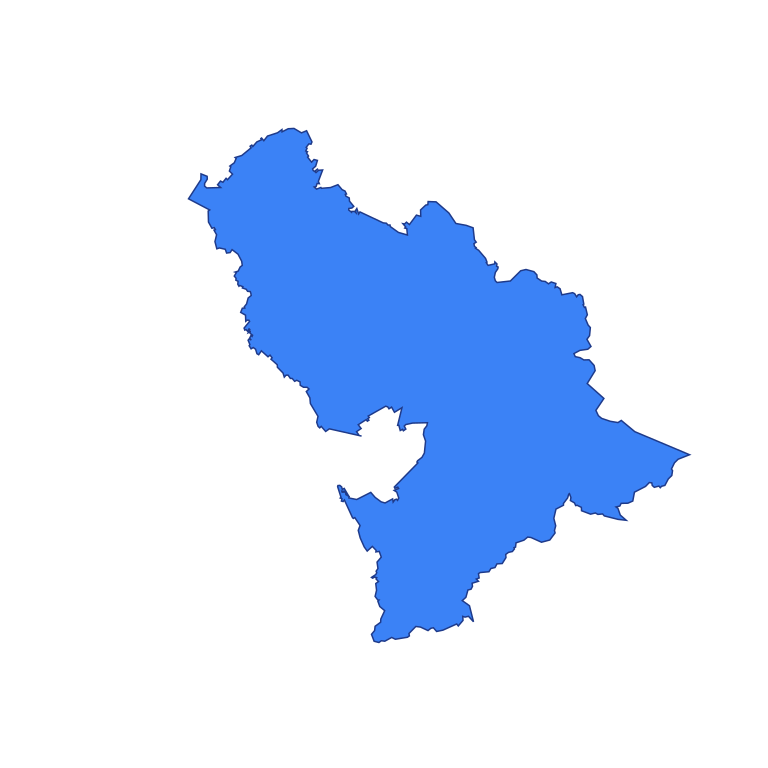 Cocula, Jalisco, Mexico (Albers equal-area conic projection), rotated 312°
{"feature_id": "50627088B61483456633974", "entity_name": "Cocula", "entity_type": "district", "adm_level": 2, "iso_a3": "MEX", "parent_name": "Mexico", "parent_adm1": "Jalisco", "projection": "albers", "projection_center": [-103.833, 20.404], "detail": "fine", "context": "isolated", "style": "filled", "palette": "blue", "viewbox_px": 768, "rotation_deg": 312, "n_neighbors": 0, "source": "geoboundaries", "source_scale": "gbopen_adm2", "svg_char_len": 6171}
<svg xmlns="http://www.w3.org/2000/svg" viewBox="0 0 768 768"><g transform="rotate(312 384 384)"><path d="M535.9,658.4L516.4,602.3L515.7,584.7L511.9,583.7L507.7,577.1L504.1,568.8L503.9,564.5L506.2,559.1L520.4,557.1L520.3,534.7L535.2,532.0L538.4,527.7L539.2,520.2L535.6,516.4L534.8,512.2L532.3,507.8L533.7,504.8L540.1,507.1L546.2,512.2L550.4,512.7L553.0,504.9L557.5,504.4L564.0,499.6L564.4,496.2L567.4,489.8L571.5,488.8L576.0,482.3L575.0,481.8L576.1,478.9L577.0,479.1L581.8,473.0L581.7,469.7L580.3,468.6L577.7,468.8L578.7,465.2L578.1,463.1L569.3,456.5L572.6,451.1L572.1,447.7L570.2,446.6L573.7,444.5L571.7,440.0L568.5,439.2L568.1,435.2L566.0,432.3L565.2,426.9L567.4,424.6L567.8,420.2L564.1,412.9L559.6,409.8L545.1,409.0L535.1,400.1L535.2,397.7L537.1,394.6L541.4,392.1L545.8,391.5L547.3,390.5L546.8,388.9L548.8,387.6L548.9,384.7L547.4,385.9L541.8,382.0L542.6,378.8L543.5,379.0L545.3,375.4L546.7,364.9L546.1,361.2L547.0,361.2L546.8,359.2L548.5,356.9L551.1,357.6L551.7,354.7L559.7,345.7L556.9,338.9L551.4,330.0L554.5,317.8L554.2,300.8L549.1,294.7L546.6,296.6L544.9,295.3L537.8,294.7L533.2,299.1L531.2,295.1L519.5,296.2L519.3,292.4L516.7,292.2L515.8,290.8L515.2,295.0L513.8,295.1L514.7,297.0L510.4,301.7L506.3,293.3L505.2,283.3L506.2,282.1L504.8,280.6L505.1,278.2L503.2,275.6L495.8,251.0L493.4,251.4L496.2,246.4L493.7,246.8L492.5,248.6L492.6,246.7L490.7,244.6L489.9,245.0L489.7,241.3L490.9,240.4L493.3,242.4L495.8,242.7L496.8,236.0L499.0,233.7L498.1,230.0L499.0,228.4L500.1,229.0L501.3,225.9L500.4,222.8L501.3,216.4L494.2,212.8L487.6,206.6L487.8,205.6L483.7,203.5L483.7,200.3L485.3,201.4L488.3,200.1L489.6,201.9L490.7,199.6L502.0,195.2L499.1,192.4L495.6,192.0L495.7,190.3L499.9,190.9L495.5,190.1L495.3,188.5L496.1,187.0L500.1,187.5L505.6,184.9L504.0,181.8L500.4,181.7L501.5,175.4L502.9,175.4L503.8,171.8L505.4,171.7L504.8,169.9L507.7,169.1L507.8,167.8L512.2,167.5L513.4,169.3L515.7,168.5L520.4,157.0L515.4,154.6L513.7,146.1L509.6,142.0L503.2,139.5L504.8,137.9L499.5,136.8L490.3,131.5L484.4,131.9L484.9,128.4L484.0,128.2L483.4,129.5L478.8,127.5L472.7,127.6L473.1,125.9L471.1,125.4L470.5,127.2L458.6,125.4L452.7,121.8L452.7,123.2L448.2,124.7L442.8,123.6L442.9,124.8L438.8,126.6L438.6,131.0L431.1,131.0L431.2,129.0L426.1,129.3L425.4,126.7L420.7,127.0L420.7,131.1L411.1,121.1L411.0,118.3L413.0,116.5L418.0,115.6L420.0,113.6L417.7,107.4L413.3,111.2L390.8,114.8L396.7,138.0L394.9,137.6L386.9,145.2L384.6,151.9L386.6,153.2L385.9,155.4L384.6,154.7L382.9,159.7L376.7,163.1L372.6,169.3L375.0,170.7L377.9,175.9L376.0,179.4L378.7,181.7L382.2,181.2L382.8,188.6L380.0,196.1L377.3,199.3L374.7,198.8L370.3,200.1L367.6,198.5L368.1,199.7L364.0,200.5L363.6,203.3L362.0,204.5L362.7,206.8L360.3,208.6L359.6,210.8L360.7,210.9L361.9,214.0L360.6,214.5L362.2,218.2L361.6,220.6L363.2,222.8L362.2,224.5L360.9,226.1L357.0,225.5L351.5,228.3L347.9,228.5L347.3,229.7L345.5,228.0L341.3,229.6L342.5,235.0L338.1,239.3L339.9,239.6L341.0,240.9L340.6,242.2L331.9,242.6L330.9,244.5L332.1,245.0L331.9,247.3L334.7,246.8L334.7,247.8L331.3,248.8L333.3,249.6L332.1,250.5L332.3,253.7L331.1,254.1L331.1,252.7L328.1,253.5L327.8,256.0L327.4,253.6L325.6,253.7L323.6,257.9L322.2,258.2L321.2,261.7L323.6,262.4L323.9,265.3L321.5,269.3L321.9,271.3L326.6,270.7L326.6,279.6L329.2,280.0L328.6,283.3L326.8,283.4L326.9,291.8L325.1,293.6L324.6,301.6L322.4,305.3L325.0,305.3L326.4,306.8L325.5,310.7L326.7,312.1L326.2,315.8L328.4,316.7L329.4,320.2L327.0,322.6L327.7,326.3L330.1,329.1L330.1,331.6L326.4,331.3L324.1,338.2L320.2,342.4L315.8,356.6L310.5,359.6L308.4,363.4L308.4,365.6L310.5,365.7L309.7,372.4L314.1,373.4L330.3,402.2L329.1,400.1L330.2,395.5L335.6,396.8L336.5,392.1L345.6,394.6L345.2,396.5L347.0,397.0L347.4,395.1L349.2,395.6L349.6,393.7L368.6,400.1L369.5,402.0L368.9,404.3L371.9,405.1L370.0,410.7L378.4,413.2L362.4,421.8L363.2,422.7L360.3,427.2L362.7,428.1L362.2,429.7L365.1,430.4L366.3,427.2L368.4,427.3L374.1,431.4L384.3,442.2L381.6,443.8L377.3,444.1L372.7,447.2L369.4,453.1L359.7,460.2L354.9,461.3L349.4,460.3L348.0,460.7L348.0,462.0L314.3,460.6L313.8,461.9L316.6,463.2L316.1,464.8L311.7,462.7L312.2,465.8L311.1,467.8L309.1,471.3L306.6,471.9L306.8,470.4L305.4,469.5L302.4,469.8L304.4,467.3L296.3,464.4L294.5,460.7L293.8,453.3L294.6,446.7L279.9,441.0L275.8,434.1L277.1,433.4L276.3,429.7L277.5,428.3L277.9,430.2L278.5,428.3L275.6,425.3L276.1,424.3L278.7,427.7L279.8,424.3L277.8,423.5L279.2,421.4L279.1,419.0L277.7,417.7L276.7,418.2L271.0,427.9L270.0,427.8L270.6,429.5L268.5,430.7L269.3,432.3L271.3,432.2L263.6,450.0L263.6,451.2L265.2,451.7L262.8,460.9L258.0,462.8L253.7,469.3L249.7,478.3L248.6,483.3L255.5,484.0L255.1,489.5L253.8,490.3L256.4,492.5L253.5,497.8L247.0,498.0L242.8,503.0L239.6,503.4L238.9,504.9L236.9,505.4L231.9,504.1L232.1,505.5L234.4,506.3L235.2,508.2L233.8,508.5L233.5,512.1L230.2,511.4L225.7,516.5L220.2,519.5L219.3,524.0L220.0,524.8L218.4,524.9L215.8,529.8L216.0,536.2L207.2,538.9L204.7,540.9L198.0,539.5L194.5,542.0L189.6,542.2L186.2,548.8L188.5,553.2L191.4,553.8L193.4,556.7L200.8,559.3L201.9,563.2L211.5,570.9L213.8,571.4L215.3,569.5L225.1,569.9L227.8,573.8L230.2,581.7L233.8,582.3L235.9,583.8L235.3,588.7L240.5,592.5L254.3,598.6L253.9,601.1L261.2,600.9L264.0,598.0L265.0,600.2L267.9,602.2L267.2,609.6L276.4,595.9L275.4,587.1L280.3,587.6L287.1,584.2L289.7,586.0L292.8,585.2L294.9,582.8L300.6,586.2L300.8,583.1L303.5,584.5L306.3,581.1L308.2,581.6L314.7,587.6L318.4,586.9L321.9,589.3L325.9,588.3L329.7,592.0L336.6,590.8L338.8,588.5L342.2,589.2L345.4,591.5L348.7,591.3L349.4,590.1L350.8,590.9L354.3,588.4L361.6,592.5L366.4,593.2L368.3,596.0L371.8,606.9L379.0,611.6L387.8,610.8L389.2,608.7L393.5,606.5L397.8,600.1L406.1,595.5L414.0,598.5L415.3,597.3L422.2,596.7L425.7,595.0L426.6,595.2L424.7,598.9L422.1,600.5L423.1,605.1L421.9,607.8L423.1,608.7L424.4,613.2L422.0,615.6L425.5,624.6L429.6,627.4L430.2,630.2L433.7,633.4L433.4,636.0L440.0,648.5L444.8,655.2L444.7,647.3L448.1,641.1L447.9,638.7L451.1,640.9L454.0,640.1L458.6,645.0L463.5,647.2L471.2,642.5L482.9,646.9L488.3,647.1L489.7,649.2L488.1,651.2L488.1,654.0L492.1,656.6L491.8,658.7L493.7,658.7L496.6,660.6L503.7,658.8L508.6,659.1L512.7,656.4L513.2,654.5L519.8,652.6L524.9,652.9L535.9,658.4Z" fill="#3b82f6" stroke="#1e3a8a" stroke-width="1.5"/></g></svg>